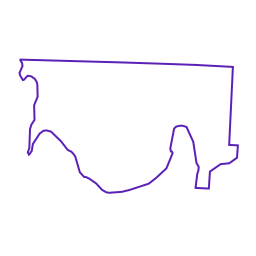 outline of Emmet, Michigan, United States of America, rotated 272°
{"feature_id": "52423323B66436048113663", "entity_name": "Emmet", "entity_type": "district", "adm_level": 2, "iso_a3": "USA", "parent_name": "United States of America", "parent_adm1": "Michigan", "projection": "natural_earth1", "projection_center": [-84.945, 45.53], "detail": "fine", "context": "isolated", "style": "outline", "palette": "violet", "viewbox_px": 256, "rotation_deg": 272, "n_neighbors": 0, "source": "geoboundaries", "source_scale": "gbopen_adm2", "svg_char_len": 978}
<svg xmlns="http://www.w3.org/2000/svg" viewBox="0 0 256 256"><g transform="rotate(272 128 128)"><path d="M192.6,18.2L192.0,18.0L189.4,19.8L186.2,20.4L179.1,17.6L176.5,18.5L172.2,21.3L172.5,22.2L176.7,25.9L176.2,29.6L173.7,33.3L170.1,35.5L167.7,35.9L156.2,36.6L147.4,33.4L132.9,34.3L128.1,31.4L123.5,30.1L104.4,30.1L100.3,28.7L97.9,29.9L99.0,30.9L101.8,32.6L108.7,33.5L119.3,39.9L122.2,43.5L122.8,46.3L121.7,51.2L112.5,61.4L104.0,68.5L102.4,72.1L100.4,74.2L97.6,76.3L82.1,81.4L77.6,85.8L77.4,88.1L76.1,90.9L71.4,98.2L65.2,104.3L62.9,108.8L62.6,111.4L64.0,124.1L66.1,131.6L73.1,150.7L79.4,158.2L89.0,167.8L104.5,173.5L105.9,172.7L106.1,171.7L109.2,171.0L129.0,174.1L131.0,176.0L132.0,179.3L132.2,182.3L131.1,186.4L116.5,193.7L95.3,197.7L91.7,200.0L88.3,199.9L84.3,198.8L70.5,197.6L70.3,210.9L87.3,211.4L95.1,221.8L96.3,230.4L102.1,238.0L114.5,238.4L114.6,229.7L192.7,230.7L193.4,193.7L193.4,156.1L193.3,119.1L192.6,18.2Z" fill="none" stroke="#5b21b6" stroke-width="2"/></g></svg>